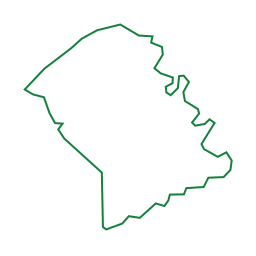 the district of Owen, Kentucky, United States of America, rotated 184°
{"feature_id": "52423323B69161309107902", "entity_name": "Owen", "entity_type": "district", "adm_level": 2, "iso_a3": "USA", "parent_name": "United States of America", "parent_adm1": "Kentucky", "projection": "natural_earth1", "projection_center": [-84.882, 38.532], "detail": "fine", "context": "isolated", "style": "outline", "palette": "green", "viewbox_px": 256, "rotation_deg": 184, "n_neighbors": 0, "source": "geoboundaries", "source_scale": "gbopen_adm2", "svg_char_len": 834}
<svg xmlns="http://www.w3.org/2000/svg" viewBox="0 0 256 256"><g transform="rotate(184 128 128)"><path d="M110.0,221.1L123.7,221.0L142.9,230.7L165.5,223.4L180.2,214.0L190.6,203.3L215.4,181.5L233.7,159.2L225.1,154.9L214.0,152.8L207.4,137.5L201.1,127.8L193.6,127.8L197.5,121.7L190.8,113.0L151.0,81.7L146.1,27.5L142.7,25.3L127.0,32.3L121.0,40.1L110.0,39.2L95.0,54.7L86.3,52.7L82.7,58.5L81.6,64.5L67.6,65.7L65.6,72.1L48.4,74.4L44.4,84.0L29.2,85.7L22.9,93.3L22.3,102.8L28.2,110.6L36.5,105.5L50.8,112.3L53.6,117.1L42.0,139.1L47.3,142.3L51.7,137.4L61.1,135.0L64.5,137.9L58.1,147.3L59.5,151.7L73.1,158.9L75.3,167.7L70.4,178.2L76.1,184.1L80.6,183.3L81.1,171.2L87.7,163.7L92.2,166.2L93.2,171.8L86.7,175.8L86.8,181.5L99.2,184.8L105.8,189.5L98.4,203.6L99.8,211.2L110.9,214.8L110.0,221.1Z" fill="none" stroke="#15803d" stroke-width="2"/></g></svg>